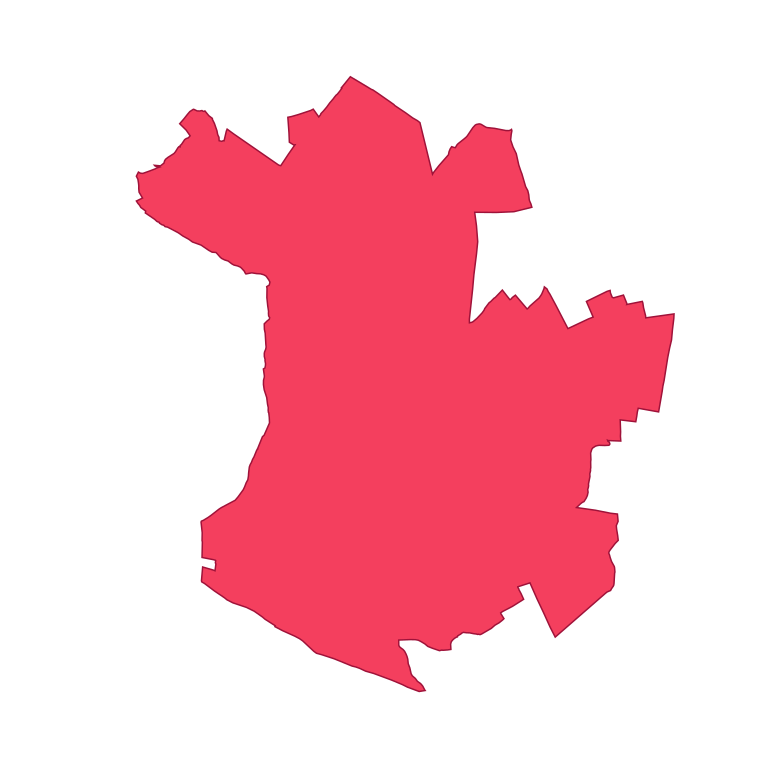 Strunga, Iasi, Romania, rotated 189°
{"feature_id": "2599482B42928689760667", "entity_name": "Strunga", "entity_type": "district", "adm_level": 2, "iso_a3": "ROU", "parent_name": "Romania", "parent_adm1": "Iasi", "projection": "mercator", "projection_center": [26.943, 47.159], "detail": "fine", "context": "isolated", "style": "filled", "palette": "rose", "viewbox_px": 768, "rotation_deg": 189, "n_neighbors": 0, "source": "geoboundaries", "source_scale": "gbopen_adm2", "svg_char_len": 6157}
<svg xmlns="http://www.w3.org/2000/svg" viewBox="0 0 768 768"><g transform="rotate(189 384 384)"><path d="M520.7,632.4L517.2,617.4L515.3,608.0L510.6,606.0L509.4,606.3L514.4,596.0L520.1,583.5L521.6,583.6L522.6,583.9L571.6,607.5L578.8,611.2L579.3,609.1L580.0,599.2L580.8,599.2L582.2,598.3L584.9,598.5L585.6,601.9L586.7,603.4L587.4,604.6L588.6,608.0L592.3,614.9L594.8,618.4L595.1,619.5L599.0,621.6L603.6,625.7L604.1,625.2L604.6,625.1L605.4,625.1L606.6,625.6L608.7,624.8L611.3,624.5L614.6,625.5L615.3,625.5L618.4,622.7L620.4,619.4L622.8,615.1L626.5,609.1L619.1,603.8L614.3,598.8L615.7,596.6L617.7,595.5L619.1,594.2L621.5,589.0L622.7,587.6L622.4,586.4L623.7,586.3L624.5,585.1L626.4,580.6L627.5,578.8L632.8,574.1L634.9,571.8L635.6,570.2L635.9,567.8L636.4,567.2L638.9,564.5L644.9,564.1L644.2,563.5L639.9,563.0L642.8,561.5L643.3,560.9L649.4,557.4L655.1,554.3L657.5,554.1L659.7,554.9L661.1,550.5L659.1,547.7L657.9,544.0L657.2,541.4L656.8,538.6L655.9,535.1L651.6,529.9L657.2,526.0L655.3,523.9L653.4,522.3L651.8,520.3L646.4,517.5L646.5,515.6L636.3,510.8L633.8,509.1L632.6,508.7L631.7,508.7L631.1,508.3L630.9,507.7L630.3,507.5L628.4,506.6L626.3,506.3L624.9,505.2L622.4,505.1L610.9,501.2L605.6,498.6L599.7,496.5L595.4,494.3L586.5,492.6L578.0,488.6L574.4,487.3L570.7,487.6L570.2,487.4L565.6,483.6L564.0,482.6L560.8,481.6L557.3,481.1L553.0,478.8L550.8,478.0L547.1,477.7L544.3,477.0L543.1,476.3L539.7,473.6L538.3,471.7L537.6,471.1L532.0,473.1L526.9,473.1L523.3,473.5L520.0,473.1L517.7,472.3L516.7,471.5L514.1,468.8L512.6,466.8L512.8,463.8L515.1,461.8L514.5,460.1L513.2,451.0L511.1,443.1L509.4,437.7L509.2,435.8L508.6,433.2L507.3,431.7L507.4,430.0L509.3,428.0L511.7,424.7L510.7,419.3L509.3,415.6L506.9,404.7L506.2,402.0L506.3,399.8L507.0,396.9L507.0,395.3L506.5,392.4L505.3,389.6L505.2,388.4L504.2,385.6L504.0,383.7L504.1,381.2L505.5,380.0L503.4,373.2L503.3,371.7L503.6,368.8L503.0,364.6L501.4,359.5L497.7,352.2L495.9,345.9L494.6,342.5L494.3,339.9L493.7,337.8L493.3,337.5L492.1,333.1L491.0,327.6L494.4,314.6L495.8,313.0L498.6,300.9L498.6,300.0L498.9,300.0L499.5,298.2L501.0,291.7L502.0,289.0L502.7,285.7L503.5,283.6L504.0,281.2L504.0,280.2L503.8,275.0L503.5,271.9L503.5,268.1L504.6,265.1L505.6,260.5L506.5,257.5L510.5,249.7L512.8,245.9L525.4,236.4L527.5,234.5L534.2,227.3L537.2,224.4L541.1,221.1L542.9,220.0L543.1,219.0L540.3,208.7L539.2,200.8L538.7,199.6L536.6,184.2L524.9,183.8L522.8,183.5L522.6,183.3L522.6,181.0L521.9,179.9L521.7,173.1L523.4,173.5L534.5,174.9L533.5,161.0L533.0,160.0L530.1,158.9L519.0,153.0L508.1,147.9L505.4,146.3L499.0,144.2L485.2,141.9L476.7,139.3L467.5,134.8L464.8,133.1L453.6,128.2L453.8,127.3L445.6,124.5L432.7,121.0L427.7,119.3L424.2,117.6L411.5,109.0L408.6,107.5L403.2,106.9L390.2,104.8L371.4,100.4L367.6,100.1L363.8,99.4L357.2,97.5L348.9,96.5L330.4,92.8L318.9,90.0L313.2,88.2L301.2,85.8L295.4,87.7L296.0,88.3L298.4,91.6L299.7,92.8L300.8,93.7L304.5,95.6L307.0,98.1L310.4,100.2L311.9,102.1L314.1,107.7L316.3,111.5L317.5,116.0L318.6,118.4L319.9,120.6L321.8,123.2L323.6,124.7L326.8,126.4L327.7,127.1L328.5,128.2L329.4,133.4L317.9,135.7L312.8,136.4L310.0,136.3L307.5,135.5L303.0,133.7L299.7,131.7L295.0,130.6L287.5,129.3L285.1,130.3L284.3,130.2L279.6,131.3L276.4,132.3L277.5,137.5L277.2,140.0L276.2,141.8L274.6,143.8L272.6,145.5L271.9,145.7L271.8,146.8L269.1,149.0L268.2,150.1L266.8,151.1L263.5,151.2L260.5,151.6L256.4,151.4L253.6,151.5L252.5,151.3L251.7,151.6L249.9,151.5L248.4,152.4L239.7,159.5L236.6,163.2L232.9,166.2L229.9,169.5L228.8,171.0L232.6,175.4L233.0,176.2L231.2,177.9L222.3,184.5L212.4,193.2L215.9,198.5L218.5,201.9L218.8,202.7L219.8,203.8L220.2,204.4L220.2,204.6L208.7,210.4L199.3,195.8L190.9,183.5L181.8,169.7L175.3,160.8L132.8,211.6L131.1,213.5L127.9,215.5L127.3,217.3L125.9,220.2L125.6,221.3L125.6,222.9L126.6,233.2L126.5,234.4L127.5,238.5L128.0,239.8L131.5,244.3L133.5,248.1L134.5,250.4L135.6,252.2L135.4,253.8L134.5,255.8L130.7,262.7L128.2,266.2L129.5,270.9L131.5,276.9L132.4,280.4L131.3,285.0L133.1,292.1L140.0,291.8L155.4,292.4L174.5,292.1L171.2,296.4L169.5,298.2L168.1,299.1L166.5,302.7L165.7,305.6L165.5,309.0L166.3,311.7L166.0,313.8L166.0,315.5L166.4,317.2L166.1,324.8L166.7,327.5L166.4,330.5L166.7,332.0L166.7,333.7L167.7,339.5L167.8,341.6L169.1,348.2L168.7,351.0L168.4,352.4L167.9,353.4L165.4,355.7L163.7,356.5L161.9,357.1L156.3,357.8L152.6,358.6L152.0,358.9L151.6,359.7L151.6,360.3L152.0,361.1L152.4,361.7L154.0,362.5L154.4,363.4L153.7,363.2L141.2,364.7L142.3,369.4L142.8,373.7L145.1,385.5L129.4,386.1L129.3,391.9L129.4,396.0L129.1,399.8L108.4,399.4L108.1,420.5L108.2,425.5L107.9,431.1L107.9,454.4L107.5,464.5L106.9,472.5L107.6,483.0L108.0,494.0L108.5,498.6L135.8,490.3L136.3,492.3L139.6,500.0L141.0,504.5L141.8,506.0L156.7,500.5L156.6,501.1L156.8,501.6L161.4,509.3L170.8,505.0L172.2,505.4L174.6,509.4L175.3,511.8L178.2,510.4L197.0,497.2L187.9,482.8L192.2,480.3L211.0,467.5L226.6,488.7L234.2,498.7L236.2,500.9L237.9,503.4L240.8,505.0L240.9,503.2L242.2,497.8L242.9,496.0L244.3,493.2L252.0,483.9L253.8,481.0L254.4,480.5L268.1,492.3L270.7,489.6L272.1,487.4L272.9,487.0L281.8,495.3L287.7,486.8L288.7,486.0L291.5,482.1L292.9,480.7L296.3,474.3L296.7,472.6L298.2,469.6L302.5,463.3L305.7,459.6L306.7,458.8L309.2,457.8L309.8,461.3L311.3,491.6L312.3,506.0L313.0,527.2L313.7,539.2L317.4,554.7L321.3,567.8L299.9,571.0L282.6,574.5L265.6,581.7L267.1,584.9L268.9,587.7L269.5,589.2L270.6,593.5L272.2,597.4L275.0,601.1L280.7,613.2L282.0,615.4L285.1,621.3L289.4,632.2L293.7,638.4L297.1,644.9L297.4,650.4L297.3,654.1L297.9,655.4L298.8,654.5L300.4,653.8L303.2,653.4L314.7,653.8L322.4,653.4L323.6,653.6L328.5,655.6L329.6,655.8L330.7,655.8L333.4,654.8L334.5,653.9L336.4,651.0L340.6,642.0L341.6,640.5L343.7,638.1L348.3,633.1L349.3,631.7L350.5,628.6L352.0,628.6L354.3,629.0L355.4,626.6L356.1,623.6L356.2,620.5L363.9,608.3L368.2,600.6L368.9,598.8L389.4,647.8L392.1,649.3L397.3,651.3L405.2,655.3L416.9,660.7L418.0,661.6L435.8,670.3L441.2,672.8L442.2,672.9L465.3,682.2L472.5,669.8L471.9,669.5L473.3,666.7L475.4,663.0L476.5,661.8L477.9,659.4L478.7,657.8L481.6,653.1L483.8,648.7L486.5,644.2L488.6,641.2L488.8,640.0L490.2,637.6L496.9,644.4L499.2,642.7L510.8,636.7L517.2,633.7L520.7,632.4Z" fill="#f43f5e" stroke="#9f1239" stroke-width="1.5"/></g></svg>